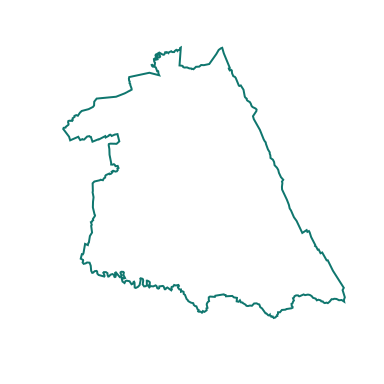 Phra Phrom, Nakhon Si Thammarat, Thailand (Natural Earth projection), rotated 346°
{"feature_id": "78962969B31932959470033", "entity_name": "Phra Phrom", "entity_type": "district", "adm_level": 2, "iso_a3": "THA", "parent_name": "Thailand", "parent_adm1": "Nakhon Si Thammarat", "projection": "natural_earth1", "projection_center": [99.929, 8.325], "detail": "fine", "context": "isolated", "style": "outline", "palette": "teal", "viewbox_px": 384, "rotation_deg": 346, "n_neighbors": 0, "source": "geoboundaries", "source_scale": "gbopen_adm2", "svg_char_len": 5956}
<svg xmlns="http://www.w3.org/2000/svg" viewBox="0 0 384 384"><g transform="rotate(346 192 192)"><path d="M313.1,335.2L313.2,333.6L314.8,331.1L314.4,323.6L316.1,321.7L309.7,302.5L307.2,291.1L306.1,290.9L303.7,282.2L301.9,282.5L301.0,278.4L300.0,278.4L299.3,275.2L298.3,274.1L298.8,273.4L296.7,264.5L296.4,259.6L296.0,258.2L294.3,258.6L294.0,256.7L289.1,258.4L286.5,245.4L284.8,241.1L283.6,233.9L282.8,231.6L282.9,227.9L282.2,222.4L280.0,211.4L280.5,208.8L281.9,205.1L281.8,203.7L283.5,202.2L281.9,199.1L281.0,194.5L281.0,191.4L280.3,189.0L278.6,186.0L278.9,182.7L278.3,180.2L276.4,178.0L276.9,175.4L276.7,173.6L277.0,172.3L276.0,169.1L275.4,163.3L275.5,161.6L274.9,160.5L274.3,158.3L272.9,148.1L269.6,136.2L269.5,133.2L274.0,129.1L274.6,127.6L273.9,126.4L271.3,124.2L270.6,122.8L270.4,120.4L269.7,118.4L269.0,118.0L267.7,116.5L267.4,115.5L267.7,114.7L266.5,113.1L266.3,112.1L266.7,105.2L265.1,100.4L263.7,100.6L263.2,100.1L262.0,91.8L261.4,90.6L260.1,89.6L259.6,86.5L260.0,83.7L259.4,82.9L258.1,83.2L257.7,82.1L257.6,81.0L258.7,80.7L256.4,65.1L256.2,59.4L255.0,59.5L252.3,60.6L249.0,64.0L239.7,72.0L234.2,71.8L231.6,71.0L229.4,72.1L226.2,71.5L223.2,73.2L222.8,72.8L221.6,72.7L221.4,72.1L219.3,71.4L217.3,69.9L214.7,69.4L213.7,68.7L213.6,67.8L212.9,67.1L210.5,66.2L216.1,49.1L215.4,49.3L214.4,51.2L212.5,50.9L212.0,51.6L211.1,50.3L209.4,51.0L208.5,51.9L206.6,51.4L205.9,50.4L203.0,51.0L202.7,51.5L201.7,50.4L201.0,50.1L200.6,50.6L199.8,50.0L198.4,51.8L197.8,52.0L196.7,51.5L194.0,48.8L191.8,49.5L192.5,49.8L192.7,50.6L193.6,51.0L193.9,52.7L193.6,53.2L192.8,53.5L191.0,52.9L191.3,51.9L190.8,51.5L191.0,50.9L190.1,50.1L189.6,50.7L189.8,52.8L190.7,54.3L190.7,54.9L189.0,54.9L188.9,54.0L188.1,53.4L187.2,53.8L186.9,56.4L187.4,57.7L186.3,60.3L185.0,60.1L184.1,58.9L183.6,59.0L183.8,60.2L184.3,60.9L185.8,61.3L187.0,62.4L187.4,66.3L188.2,66.3L188.4,66.7L188.1,69.2L188.4,70.8L179.5,66.0L158.9,65.3L158.2,66.7L157.9,68.8L158.3,69.6L157.7,71.5L158.2,72.2L158.0,73.5L158.4,76.8L158.2,78.1L150.6,80.0L141.4,81.2L122.1,78.3L119.0,80.7L117.9,84.4L116.5,85.5L111.7,86.6L104.6,86.7L102.5,87.9L99.7,90.4L98.3,89.4L96.4,89.7L96.2,90.7L94.0,91.6L93.6,93.5L92.9,94.0L92.3,93.4L91.7,93.7L90.1,93.1L89.1,93.3L88.6,94.5L88.7,96.2L88.3,96.9L85.4,98.2L84.9,98.9L83.0,98.7L82.3,99.7L86.1,108.6L86.3,112.4L95.0,110.9L96.1,114.6L98.4,114.2L98.6,114.6L100.0,115.0L103.7,112.8L106.0,113.0L106.5,113.9L107.2,114.1L107.6,119.1L114.0,118.2L114.2,118.5L121.3,116.8L121.4,118.2L124.6,117.4L125.7,116.6L126.8,116.7L127.6,118.2L131.0,117.6L133.7,117.8L133.7,125.3L130.5,127.0L124.4,125.3L122.9,125.4L122.5,126.3L122.2,130.3L121.0,135.9L120.6,144.3L120.2,145.8L121.7,146.3L122.9,146.1L123.6,146.9L124.0,148.4L126.2,148.7L126.5,150.9L125.3,151.1L125.3,152.7L124.1,153.7L122.7,153.7L120.6,152.3L119.9,152.5L119.8,153.0L119.1,153.0L119.3,153.8L117.8,154.7L116.5,154.8L116.2,154.1L112.8,154.7L111.9,155.2L111.2,157.0L109.7,157.5L108.4,159.0L106.2,158.0L105.4,158.3L99.8,158.2L97.7,159.5L96.0,167.2L95.5,168.1L95.2,173.3L93.6,177.5L92.1,182.9L92.0,190.2L92.3,191.1L91.8,192.0L89.4,194.1L89.3,195.4L88.4,195.6L88.0,196.5L86.6,196.8L86.8,199.6L86.0,200.4L85.2,207.2L82.3,210.0L79.7,216.1L79.0,216.5L78.1,218.3L75.7,216.5L71.9,225.1L71.0,226.1L70.1,225.7L67.9,229.8L69.8,231.5L69.8,232.2L68.8,234.0L69.5,235.5L71.6,235.5L73.1,235.0L75.5,235.8L75.9,239.0L75.1,244.1L75.6,246.3L76.3,246.4L78.5,245.3L80.3,245.5L80.7,246.2L80.4,248.3L81.3,249.9L86.4,252.8L86.8,252.4L86.9,251.4L86.4,248.9L87.1,248.4L89.1,248.9L90.3,250.3L90.0,252.3L90.3,253.8L91.0,253.8L93.0,252.5L95.0,252.4L96.5,254.0L96.1,255.3L96.6,255.9L97.2,255.8L97.9,254.6L97.6,253.1L97.8,251.9L98.7,251.6L101.3,257.0L102.7,256.5L103.5,255.8L103.0,253.1L103.3,252.6L104.2,252.3L106.0,252.9L106.4,253.6L105.4,255.9L106.2,259.3L104.7,259.4L103.5,258.1L102.8,258.0L102.9,262.1L104.5,264.0L105.9,262.4L107.1,262.2L109.8,263.5L111.0,266.9L112.4,266.7L113.6,265.1L114.1,265.0L114.3,266.0L113.3,270.8L114.2,271.5L116.5,271.0L118.6,269.7L120.9,265.0L120.9,263.5L121.3,263.3L122.8,264.1L123.3,264.8L123.2,266.3L121.8,269.7L122.7,272.0L124.1,272.2L125.6,271.7L126.7,267.1L127.4,267.3L129.0,268.8L129.2,269.5L128.6,271.5L126.8,272.4L127.5,274.2L129.1,273.3L131.5,274.2L134.1,273.8L134.8,274.7L135.1,277.0L136.0,277.6L136.8,277.4L137.5,275.7L141.0,276.1L141.6,276.8L142.0,279.7L142.8,279.9L143.9,278.9L145.0,278.7L148.1,282.4L148.9,281.6L148.8,280.1L149.3,279.2L151.0,279.1L152.2,277.9L153.7,278.8L156.3,278.9L156.6,280.0L155.3,280.9L155.3,281.4L156.2,283.5L157.7,283.9L157.2,286.1L158.8,286.0L159.7,287.0L159.3,288.9L160.3,290.1L160.9,294.6L161.7,295.8L162.0,297.0L164.2,299.1L166.3,300.2L166.4,302.0L167.5,303.5L168.6,304.0L169.1,307.4L169.9,308.2L169.1,309.3L169.8,309.9L171.4,310.1L172.4,311.5L172.8,311.5L173.8,310.2L175.1,311.3L177.6,310.3L177.9,308.4L179.0,308.2L179.0,305.0L179.5,303.8L180.9,302.5L182.2,302.0L182.2,300.6L182.8,298.3L184.2,297.8L188.8,299.3L189.5,298.3L198.1,299.0L198.5,299.7L199.7,300.1L199.7,301.4L205.9,302.6L207.2,304.4L210.0,305.6L208.9,308.9L210.7,309.8L212.3,308.7L212.8,310.9L214.3,311.5L214.4,312.0L216.7,314.3L217.3,315.6L218.7,316.2L220.8,316.2L222.6,316.9L225.3,315.2L227.8,315.7L229.1,316.9L230.1,317.4L230.4,320.3L231.8,321.9L234.0,327.5L234.7,327.7L236.2,330.1L236.9,330.4L237.8,329.9L237.7,330.7L238.7,331.4L238.8,332.2L240.1,332.3L240.1,333.0L240.8,333.4L240.9,334.0L242.6,333.9L243.8,333.0L244.8,332.9L244.9,331.8L245.8,331.3L246.4,329.5L248.2,330.0L250.7,328.2L254.4,328.8L255.2,328.4L260.4,328.9L261.6,328.6L261.8,327.6L261.2,326.7L261.5,324.6L262.5,324.4L263.7,322.6L264.6,322.0L264.3,319.5L265.3,319.2L266.3,317.9L268.0,317.5L269.9,318.0L270.5,319.0L271.1,319.2L275.5,318.4L276.7,319.4L279.7,319.6L281.4,320.4L282.9,321.9L283.8,323.9L286.2,325.4L286.9,327.3L288.6,327.1L290.6,328.3L291.0,329.4L292.4,329.8L292.9,331.0L294.0,331.9L295.8,331.9L296.9,332.7L299.0,331.7L301.5,329.8L303.0,330.2L304.1,330.0L306.3,330.7L308.5,332.6L311.1,333.0L313.1,335.2Z" fill="none" stroke="#0f766e" stroke-width="2"/></g></svg>